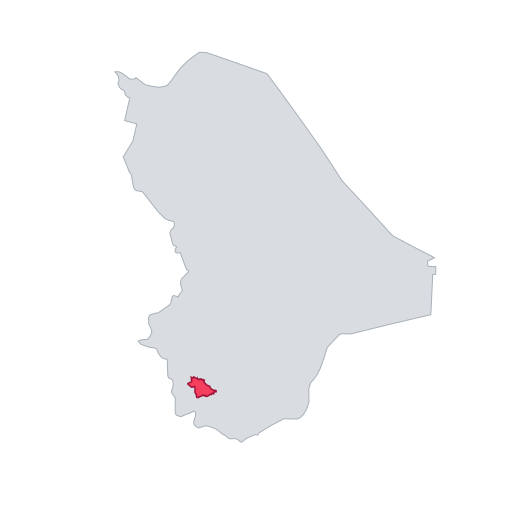 Shaqlawa, Arbil, Iraq (highlighted), rotated 195°
{"feature_id": "34846034B67830474961503", "entity_name": "Shaqlawa", "entity_type": "district", "adm_level": 2, "iso_a3": "IRQ", "parent_name": "Iraq", "parent_adm1": "Arbil", "projection": "orthographic", "projection_center": [44.21, 36.45], "detail": "fine", "context": "in_parent", "style": "filled", "palette": "rose", "viewbox_px": 512, "rotation_deg": 195, "n_neighbors": 0, "source": "geoboundaries", "source_scale": "gbopen_adm2", "svg_char_len": 4939}
<svg xmlns="http://www.w3.org/2000/svg" viewBox="0 0 512 512"><g transform="rotate(195 256 256)"><path d="M207.8,83.7L211.2,82.9L217.7,77.6L221.5,72.7L222.7,72.3L226.0,73.9L228.4,74.4L233.9,72.6L237.1,73.6L239.9,74.9L241.4,75.0L248.8,78.2L250.6,78.6L254.4,79.0L260.1,79.2L263.8,77.2L266.4,75.2L268.2,75.3L269.9,75.7L271.4,76.6L272.7,78.1L273.3,80.1L273.0,86.8L273.6,88.6L274.6,89.9L275.9,90.1L277.4,88.7L280.1,86.5L283.4,84.2L285.9,82.1L287.3,81.3L289.6,81.4L291.8,81.8L293.0,82.8L293.0,83.1L294.2,86.2L297.2,98.0L298.9,99.4L300.8,100.7L302.1,102.4L302.7,104.2L302.5,106.9L302.6,110.1L303.4,112.5L304.5,114.3L305.6,115.2L307.1,115.3L308.9,115.7L310.2,117.5L314.3,130.9L314.7,132.6L316.3,133.2L319.1,132.9L321.9,134.2L324.9,136.4L327.8,140.4L329.7,141.0L335.6,140.3L343.8,140.8L347.6,142.8L347.3,144.1L344.4,145.6L339.2,147.4L337.8,150.4L337.0,154.1L337.1,156.2L338.5,158.5L342.2,163.0L342.5,164.6L343.2,166.9L343.9,168.5L343.2,171.6L339.9,173.8L335.5,176.1L326.8,186.5L326.2,188.7L326.4,194.7L325.5,196.5L322.7,196.5L320.5,196.2L320.4,198.3L319.1,201.2L318.3,203.6L321.6,209.4L322.3,212.4L321.8,215.2L318.8,220.1L317.0,223.4L317.5,224.1L319.9,225.3L327.4,235.8L329.8,239.5L332.9,238.5L334.1,238.5L335.0,239.1L335.6,240.4L335.7,241.9L334.9,244.3L338.9,245.2L340.4,247.6L345.2,255.8L345.1,258.2L342.9,262.2L342.9,264.8L343.5,267.1L344.2,267.9L351.1,268.0L354.1,268.9L361.3,273.0L369.7,279.2L376.5,284.3L382.4,288.7L388.5,288.2L390.2,288.9L391.8,290.3L393.6,293.9L397.4,302.2L400.5,304.9L405.3,311.4L409.9,317.5L407.3,326.2L404.7,335.1L405.1,346.6L405.3,352.7L411.3,352.8L417.9,352.8L418.2,360.2L418.5,367.5L418.8,376.0L420.8,376.2L424.0,377.9L425.4,380.6L427.1,382.0L429.2,382.2L431.2,383.4L433.3,385.8L434.1,387.6L433.6,388.9L434.1,391.1L435.6,394.2L437.3,395.6L440.0,397.3L436.5,398.5L432.6,397.9L424.3,394.5L421.7,394.5L418.3,396.1L418.2,397.3L409.4,393.5L406.3,392.8L405.2,392.8L400.2,393.0L393.2,393.9L389.1,395.8L386.3,397.6L385.0,399.4L384.6,400.4L382.4,405.6L380.0,412.3L377.4,418.3L372.4,426.9L369.5,430.8L363.4,438.2L356.6,439.7L340.8,438.6L323.3,437.3L305.9,436.0L293.0,434.9L292.0,434.5L279.1,424.3L269.1,416.2L256.5,406.0L243.8,395.6L230.9,384.9L221.6,377.2L210.3,367.2L200.1,358.0L192.1,350.8L181.8,344.3L173.8,339.3L162.1,331.9L152.8,326.0L144.9,320.9L132.7,313.0L128.7,310.8L115.9,307.8L103.9,305.1L91.4,302.4L83.1,300.5L88.9,295.5L87.4,290.7L83.3,291.3L79.6,292.3L77.7,284.8L80.6,284.0L78.4,274.2L76.2,264.2L74.1,254.5L72.0,244.5L82.8,238.8L90.8,234.5L102.0,228.5L112.8,222.6L123.0,217.0L134.3,210.8L144.3,205.2L153.4,203.1L155.3,201.3L159.7,193.3L163.4,186.5L163.6,184.9L163.9,175.0L164.9,163.5L166.2,157.3L168.3,151.9L170.3,148.0L170.6,144.3L170.5,140.5L168.7,134.7L167.0,128.7L167.4,122.9L167.8,119.8L169.2,115.0L171.4,111.4L173.7,109.3L182.0,107.2L187.0,106.0L193.8,99.7L197.8,96.0L203.3,90.2L207.4,85.8L207.8,84.3L207.8,83.7Z" fill="#d9dde1" stroke="#a8b0b8" stroke-width="1"/><path d="M259.6,115.5L260.0,115.6L260.5,115.6L260.8,115.7L261.0,115.6L261.3,115.5L261.5,115.5L261.7,115.4L262.3,115.4L262.5,115.4L262.8,115.5L263.2,115.6L263.7,115.7L264.1,115.8L264.4,115.9L264.8,116.0L265.1,116.1L265.4,116.3L265.7,116.7L266.1,117.0L266.3,117.3L266.9,118.0L267.1,118.2L267.3,118.2L267.8,118.4L268.0,118.4L269.0,118.4L269.3,118.5L269.7,118.6L270.1,118.7L270.4,118.8L270.8,118.8L271.1,119.2L271.4,119.4L271.8,119.6L272.1,119.8L272.3,120.0L272.9,120.2L273.2,120.4L273.7,120.7L273.6,121.0L273.6,121.5L273.6,121.9L273.7,122.3L273.7,122.6L274.2,122.8L274.8,123.0L275.3,122.5L275.9,122.3L276.1,122.8L276.6,123.0L277.3,122.9L278.1,122.9L278.1,122.4L278.3,122.0L278.7,122.0L279.6,122.1L279.9,122.1L280.4,122.1L280.5,122.1L280.8,122.5L280.8,122.2L281.3,122.2L282.2,122.4L283.1,122.7L284.2,123.0L285.1,123.0L285.2,122.5L285.2,122.1L285.3,121.8L285.5,121.7L286.4,121.8L287.0,122.0L286.8,121.7L286.7,120.8L286.5,120.1L286.4,119.8L286.0,119.2L285.7,119.0L285.7,118.8L285.7,118.6L285.7,118.2L286.2,117.4L286.5,117.2L287.0,116.9L287.9,116.2L288.1,115.9L288.5,115.3L288.8,115.1L288.8,114.8L288.2,114.5L287.3,114.0L286.4,113.5L285.9,113.3L284.5,112.7L284.3,112.7L283.8,112.6L283.1,113.1L282.6,113.4L281.7,114.1L281.1,113.4L280.9,113.0L280.6,112.0L280.4,111.6L280.0,109.8L279.9,109.1L279.8,108.8L279.2,108.0L278.7,107.4L278.2,107.0L277.8,106.6L277.5,106.3L277.2,105.1L277.0,104.6L276.5,104.1L275.8,104.1L275.7,104.1L275.4,104.2L275.3,104.3L275.1,104.3L274.8,104.6L274.4,105.0L274.1,105.4L273.9,105.7L273.7,105.8L273.1,106.1L272.8,106.2L272.7,106.3L272.7,106.5L272.3,106.8L272.1,107.1L271.9,107.3L271.6,107.6L271.4,107.9L271.1,108.2L270.5,107.6L270.0,107.5L269.7,107.5L269.3,107.8L268.6,108.5L268.3,108.1L268.1,107.5L267.6,107.5L267.2,107.6L266.8,107.8L266.3,108.2L266.3,108.3L265.6,109.0L264.9,109.8L264.3,110.6L263.2,110.6L262.9,111.7L262.8,112.1L262.7,112.1L261.4,111.9L261.1,112.0L261.4,112.9L261.4,113.5L261.1,113.8L260.7,114.1L260.2,114.3L259.4,114.5L259.5,114.8L259.6,115.5Z" fill="#f43f5e" stroke="#9f1239" stroke-width="1.5"/></g></svg>